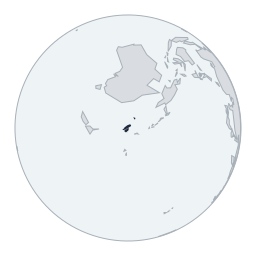 the Earth from above New Caledonia, rotated 111°
{"feature_id": "NCL", "entity_name": "New Caledonia", "entity_type": "country or territory", "adm_level": 0, "iso_a3": "NCL", "parent_name": "Oceania", "parent_adm1": "", "projection": "orthographic", "projection_center": [166.029, -20.888], "detail": "fine", "context": "on_globe", "style": "filled", "palette": "slate", "viewbox_px": 256, "rotation_deg": 111, "n_neighbors": 0, "source": "natural_earth", "source_scale": "50m", "svg_char_len": 6175}
<svg xmlns="http://www.w3.org/2000/svg" viewBox="0 0 256 256"><g transform="rotate(111 128 128)"><circle cx="128" cy="128" r="113" fill="#eef3f6" stroke="#a8b0b8"/><path d="M154.1,119.7L154.2,120.5L154.1,119.7ZM218.6,61.0L216.8,58.8L208.5,49.2L205.7,46.5L212.5,53.5L218.6,61.0ZM168.0,22.7L166.8,22.4L165.2,21.7L164.6,22.5L160.0,22.0L163.7,21.8L162.9,21.3L159.0,20.4L157.4,19.7L154.6,19.0L153.0,18.4L155.3,18.7L154.3,18.5L151.6,17.9L148.2,17.2L151.4,17.8L159.8,19.9L168.0,22.7ZM187.1,223.9L188.3,223.2L189.1,222.6L187.1,223.9ZM194.0,64.1L193.2,61.9L195.1,63.5L194.0,64.1ZM191.8,60.5L192.3,61.2L191.7,60.6L191.8,60.5ZM190.8,59.9L191.5,60.3L190.7,60.1L190.8,59.9ZM189.4,59.4L190.1,59.6L189.4,59.4ZM187.2,58.1L186.6,57.7L187.2,57.6L187.2,58.1ZM166.4,22.6L168.3,23.1L167.0,22.9L166.4,22.6ZM154.5,19.1L154.4,19.2L153.0,18.8L154.5,19.1ZM149.2,17.6L146.8,17.2L149.6,17.7L149.2,17.6ZM138.9,15.9L143.2,16.4L146.7,17.0L145.1,16.7L145.7,16.9L140.0,16.1L139.5,16.2L138.0,15.8L138.9,15.9ZM184.7,225.3L187.3,223.7L185.5,224.8L184.7,225.3ZM127.6,15.4L130.5,15.4L131.4,15.4L138.0,15.8L139.5,16.2L137.5,16.0L140.0,16.6L135.1,16.5L132.2,16.9L125.5,16.8L123.9,17.4L125.0,17.6L123.6,18.9L116.6,21.3L117.2,18.3L126.6,16.1L122.3,16.7L121.8,16.4L119.3,16.6L116.4,17.3L117.0,17.4L104.6,18.9L94.6,22.2L99.0,21.6L99.2,22.5L91.7,27.4L74.1,36.5L74.3,39.2L72.6,41.2L68.8,43.0L71.1,39.9L69.5,39.3L71.4,37.5L66.0,39.8L68.5,37.4L63.1,40.7L62.5,42.3L66.3,40.9L60.6,45.3L61.3,48.2L58.6,52.9L48.3,63.5L41.8,68.3L40.9,70.1L39.7,69.0L36.1,73.6L36.4,82.1L35.7,85.2L30.7,92.9L31.0,90.7L28.0,87.7L25.8,95.5L28.0,99.8L28.8,106.7L26.3,105.7L25.8,99.9L24.8,98.6L26.2,91.9L27.5,83.5L25.1,86.9L26.4,83.1L27.9,77.5L25.1,82.3L22.1,89.6L25.1,82.2L28.7,74.9L32.7,67.9L37.3,61.2L42.3,54.9L47.8,48.9L53.6,43.4L59.9,38.3L66.5,33.6L73.4,29.5L80.6,25.8L88.1,22.7L95.7,20.1L103.5,18.0L111.5,16.6L119.5,15.7L127.6,15.4ZM54.1,210.2L55.5,210.9L55.8,211.6L54.1,210.2ZM46.7,118.5L49.2,118.4L49.2,118.9L46.7,118.5ZM44.0,117.4L46.7,116.8L43.7,118.7L44.0,117.4ZM47.8,116.6L50.6,114.9L51.8,113.8L51.7,114.9L47.8,116.6ZM42.2,118.0L33.6,121.0L30.5,121.0L31.0,118.8L36.0,117.1L42.2,118.0ZM30.8,118.9L26.3,116.0L22.2,104.8L23.6,103.7L28.4,109.1L28.0,110.8L30.7,113.5L30.8,118.9ZM42.4,104.6L42.1,109.5L37.1,110.8L35.0,110.8L33.5,105.4L34.3,102.1L35.9,101.5L43.7,89.1L46.2,90.7L43.5,95.6L45.6,99.0L42.4,104.6ZM17.3,107.2L16.6,112.2L16.3,114.0L17.3,107.2ZM47.9,81.5L44.1,86.5L47.9,80.2L47.9,81.5ZM50.7,75.9L50.5,77.9L49.6,76.2L50.7,75.9ZM39.9,72.9L38.0,74.1L38.5,72.7L41.1,70.4L39.9,72.9ZM56.6,57.2L54.8,61.0L53.8,62.4L53.8,60.3L56.6,57.2ZM137.0,166.8L140.0,168.5L138.0,172.2L134.3,175.7L128.9,176.2L137.0,166.8ZM100.1,173.2L97.0,168.3L102.0,167.9L102.5,172.2L100.1,173.2ZM139.8,164.3L141.5,160.3L139.3,154.7L142.5,160.1L147.3,161.3L141.5,168.4L139.8,164.3ZM73.3,154.8L59.5,166.5L55.6,166.2L54.7,162.3L47.6,152.5L48.6,152.4L45.7,145.5L52.8,136.8L57.3,124.2L63.4,124.0L66.7,115.5L73.7,115.4L72.7,121.8L81.3,125.6L83.8,111.3L92.2,126.4L100.5,132.3L106.6,143.0L103.3,161.3L98.5,164.9L96.2,163.1L94.5,165.0L90.0,164.2L84.6,158.1L83.1,160.1L83.3,155.5L81.7,159.7L78.1,156.0L73.3,154.8ZM124.3,126.5L126.1,127.2L130.0,130.5L127.0,129.6L124.3,126.5ZM149.7,121.9L151.2,123.5L149.1,123.4L149.7,121.9ZM154.1,120.6L151.5,120.6L154.1,119.7L154.1,120.6ZM130.2,118.2L131.4,119.3L130.8,119.6L130.2,118.2ZM129.4,117.8L130.0,116.3L130.3,117.9L129.4,117.8ZM119.6,108.4L120.4,107.7L121.0,108.4L119.6,108.4ZM53.0,117.6L56.3,113.0L58.3,112.4L53.0,117.6ZM118.0,106.6L115.6,106.3L115.7,105.5L118.0,106.6ZM117.8,104.8L117.4,103.7L119.3,106.4L117.8,104.8ZM113.1,101.9L116.1,104.1L112.8,102.1L113.1,101.9ZM111.5,102.1L109.5,101.1L109.6,100.7L111.5,102.1ZM91.5,102.6L98.7,109.3L93.5,108.9L87.5,104.9L83.9,108.7L75.0,108.5L76.7,106.0L75.2,102.6L66.7,102.0L65.0,99.9L67.8,98.2L62.6,97.0L68.2,95.4L70.8,99.7L74.1,95.9L80.4,96.4L86.9,97.8L92.7,101.3L91.5,102.6ZM68.8,105.4L69.8,105.3L69.0,106.8L68.8,105.4ZM105.6,98.2L108.5,100.7L108.3,101.2L106.9,100.8L105.6,98.2ZM93.9,100.5L99.9,96.9L101.4,97.0L97.5,101.2L93.9,100.5ZM98.2,94.4L101.2,95.0L103.0,97.2L102.4,97.8L98.2,94.4ZM57.2,102.6L57.0,103.9L55.6,103.1L57.2,102.6ZM58.9,101.6L63.2,102.3L58.6,102.7L58.9,101.6ZM47.2,99.6L48.2,102.2L51.6,99.6L49.1,102.9L51.6,107.3L51.0,109.3L48.4,104.5L47.9,110.2L46.4,110.4L45.4,105.9L46.7,99.9L48.2,97.3L54.4,95.0L47.2,99.6ZM58.8,98.0L57.7,94.8L58.6,92.4L59.7,94.0L58.8,98.0ZM55.0,87.4L52.7,84.3L50.2,86.2L55.7,80.1L56.9,84.1L55.0,87.4ZM53.8,79.9L51.4,81.6L54.1,78.2L53.8,79.9ZM51.0,80.5L51.2,78.1L52.9,78.1L51.0,80.5ZM54.9,79.7L56.2,75.5L56.6,77.8L54.9,79.7ZM51.8,72.9L54.5,76.0L50.1,75.4L52.1,67.8L54.1,67.1L51.8,72.9ZM76.4,42.8L77.0,41.2L79.4,40.6L78.3,41.8L76.4,42.8ZM87.9,37.9L80.3,39.9L74.3,42.0L75.2,42.6L72.2,45.7L71.8,43.3L77.5,39.7L81.7,38.6L84.1,36.4L88.4,34.7L90.3,32.2L92.7,31.0L92.3,33.1L87.9,37.9ZM91.0,31.2L95.8,27.2L99.5,27.5L99.3,28.5L95.5,30.1L93.8,29.8L91.0,31.2ZM98.1,26.4L96.5,26.2L100.2,21.8L102.0,21.0L101.1,24.1L99.5,24.1L97.9,25.2L98.1,26.4Z" fill="#d9dde1" stroke="#a8b0b8" stroke-width="1"/><path d="M124.6,126.8L124.8,126.9L125.1,126.8L125.3,127.0L126.1,127.6L126.3,127.7L126.5,127.8L126.7,128.0L126.8,128.1L126.9,128.3L127.2,128.6L127.3,128.7L127.5,128.8L127.7,129.0L127.9,129.1L128.1,129.2L128.5,129.5L128.8,129.8L129.0,129.9L129.2,130.1L129.4,130.2L129.7,130.4L129.8,130.7L129.7,130.8L129.4,130.9L129.0,130.7L128.9,130.7L128.7,130.6L128.3,130.4L128.2,130.3L128.2,130.2L127.8,130.0L127.6,129.9L127.5,129.7L127.3,129.6L126.9,129.4L126.7,129.4L126.1,128.9L125.8,128.6L125.5,128.2L125.3,128.0L125.1,127.9L125.0,127.7L124.8,127.5L124.6,127.2L124.5,126.9L124.4,126.8L124.3,126.7L124.6,126.8ZM130.5,128.5L130.4,128.6L130.3,128.4L130.0,128.3L129.9,128.2L130.0,128.0L130.1,127.8L129.9,127.8L129.9,127.7L130.2,127.6L130.3,127.6L130.3,128.0L130.6,128.3L130.5,128.5ZM131.6,129.1L131.9,129.1L131.8,129.5L131.6,129.5L131.5,129.4L131.4,129.4L131.3,129.0L131.5,129.0L131.6,128.9L131.6,129.0L131.6,129.1ZM129.0,127.6L128.9,127.6L129.0,127.5L129.0,127.4L129.0,127.1L129.1,127.3L129.0,127.6L129.0,127.6ZM130.7,131.4L130.7,131.5L130.5,131.4L130.7,131.4ZM116.7,125.1L116.7,124.8L116.7,124.7L116.8,125.0L116.7,125.1Z" fill="#64748b" stroke="#1e293b" stroke-width="1.5"/></g></svg>